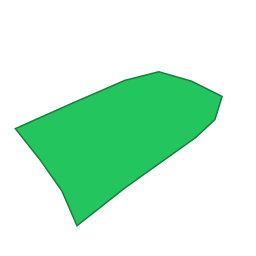 outline of Dauphin, rotated 59°
{"feature_id": "LCA-5079", "entity_name": "Dauphin", "entity_type": "Quarter", "adm_level": 1, "iso_a3": "LCA", "parent_name": "Saint Lucia", "parent_adm1": "", "projection": "albers", "projection_center": [-60.912, 14.026], "detail": "fine", "context": "isolated", "style": "filled", "palette": "green", "viewbox_px": 256, "rotation_deg": 59, "n_neighbors": 0, "source": "natural_earth", "source_scale": "10m", "svg_char_len": 327}
<svg xmlns="http://www.w3.org/2000/svg" viewBox="0 0 256 256"><g transform="rotate(59 128 128)"><path d="M149.4,31.1L165.5,49.1L171.0,74.7L177.8,161.5L185.5,222.1L148.1,217.1L110.6,219.7L70.5,224.9L78.0,163.0L80.4,145.2L85.5,106.2L95.6,72.7L120.6,49.4L149.4,31.1Z" fill="#22c55e" stroke="#15803d" stroke-width="1.5"/></g></svg>